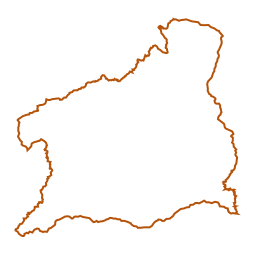 the district of Samoeng, Chiang Mai, Thailand, rotated 91°
{"feature_id": "78962969B23255460238511", "entity_name": "Samoeng", "entity_type": "district", "adm_level": 2, "iso_a3": "THA", "parent_name": "Thailand", "parent_adm1": "Chiang Mai", "projection": "natural_earth1", "projection_center": [98.669, 18.902], "detail": "fine", "context": "isolated", "style": "outline", "palette": "amber", "viewbox_px": 256, "rotation_deg": 91, "n_neighbors": 0, "source": "geoboundaries", "source_scale": "gbopen_adm2", "svg_char_len": 5776}
<svg xmlns="http://www.w3.org/2000/svg" viewBox="0 0 256 256"><g transform="rotate(91 128 128)"><path d="M55.0,112.0L60.3,113.7L59.9,114.8L60.4,115.9L59.4,118.4L59.3,119.4L60.7,119.8L62.0,118.8L63.1,119.9L64.3,120.3L64.5,120.9L66.2,120.7L67.6,121.4L69.4,123.2L69.4,124.0L70.0,123.4L70.3,124.3L71.8,125.2L72.3,124.9L71.5,127.1L73.6,128.3L74.3,130.1L75.8,130.9L76.2,132.1L77.3,132.4L77.7,133.7L78.7,134.3L78.9,135.0L81.3,137.1L81.4,138.8L80.5,140.0L79.9,139.5L79.6,140.5L80.0,141.7L79.2,142.3L80.4,143.3L80.0,144.5L80.6,145.4L80.3,146.7L80.9,148.2L79.1,149.9L79.0,151.0L78.2,151.0L75.8,152.8L75.7,154.4L77.5,155.8L79.2,155.8L79.6,156.3L80.4,158.4L81.4,159.1L81.9,160.8L81.6,161.5L82.3,161.9L82.0,163.5L83.2,166.0L83.1,168.8L84.6,170.8L85.6,170.7L87.3,171.5L87.7,172.5L88.4,173.0L88.3,175.2L89.7,175.9L89.8,177.8L91.1,178.9L91.4,183.1L93.1,184.4L93.8,187.1L94.7,187.1L96.1,188.8L98.7,190.6L98.7,192.4L100.8,194.5L101.0,196.5L100.2,196.7L99.6,198.2L100.5,204.3L101.4,206.7L101.3,208.5L100.7,210.1L104.3,210.8L105.2,211.5L106.3,213.6L106.6,216.1L107.6,218.9L109.0,218.6L110.5,219.1L111.8,218.2L112.4,218.4L113.2,222.5L114.5,223.8L114.8,226.6L116.2,227.0L116.5,229.3L118.0,233.3L121.5,238.3L122.0,238.5L124.5,236.6L125.9,237.2L127.8,237.2L129.2,237.7L133.1,237.6L135.1,236.6L138.4,237.8L142.2,235.6L143.7,233.9L146.4,234.1L147.4,232.6L148.5,229.6L150.4,228.3L152.0,228.1L148.0,224.4L145.5,224.1L144.9,223.6L143.7,221.2L142.3,216.2L140.7,214.7L142.6,211.4L144.0,209.8L146.9,208.7L147.5,209.4L148.8,209.3L151.1,211.1L151.8,210.5L151.8,209.4L152.7,208.1L154.3,208.2L154.8,209.4L155.5,208.8L156.7,208.6L158.0,208.6L158.8,209.1L159.3,208.7L159.1,207.6L162.6,207.7L162.5,207.1L163.5,205.7L163.4,205.0L165.3,205.6L165.7,205.0L167.4,205.4L169.0,204.8L169.6,205.6L170.1,205.4L169.9,204.5L170.8,203.4L171.9,203.0L173.9,204.5L176.4,203.9L178.0,205.9L178.3,207.3L179.7,206.7L180.4,207.9L181.2,207.5L182.5,207.9L184.4,209.1L186.5,208.8L187.8,209.9L188.1,211.7L190.3,212.3L191.3,213.5L191.8,213.4L192.0,214.3L193.9,213.9L196.2,212.5L199.4,212.8L200.8,211.9L201.7,212.4L202.7,212.0L204.2,212.5L204.4,213.4L203.6,214.3L203.8,215.7L204.9,215.7L205.4,216.7L206.4,217.0L208.2,216.5L208.5,219.9L210.2,219.9L212.0,220.7L212.5,222.1L214.3,223.7L214.5,225.8L215.3,225.0L215.8,225.1L215.6,226.0L216.3,227.4L218.3,226.4L219.1,227.7L220.3,228.5L220.3,230.7L222.2,230.2L225.5,232.3L226.1,234.6L227.5,235.0L228.1,235.8L230.2,236.4L231.0,238.3L231.8,238.7L232.4,238.7L233.5,236.6L235.9,235.0L237.2,233.1L237.8,231.7L237.8,230.4L237.1,229.8L235.7,229.7L234.5,227.3L235.0,225.9L233.3,224.6L234.2,221.8L231.4,219.9L230.1,217.2L230.4,215.5L232.6,214.0L232.8,212.6L233.5,211.3L233.0,209.8L233.2,207.1L229.9,205.3L229.2,203.2L226.0,199.2L223.0,199.0L222.0,198.3L221.2,197.1L220.8,195.0L217.8,189.7L217.3,187.5L217.6,185.0L219.5,182.6L219.4,181.7L217.9,180.3L217.4,179.2L217.6,176.6L216.8,174.1L217.8,171.3L218.8,165.0L222.7,160.9L222.4,159.4L221.4,157.7L222.6,156.3L221.9,153.9L221.8,152.3L220.7,149.2L219.7,147.9L219.6,146.5L218.3,144.7L218.2,143.2L218.9,140.4L218.7,138.8L219.5,136.8L219.4,134.5L221.0,133.0L220.9,129.9L221.9,126.7L223.2,123.6L224.3,123.0L225.9,120.6L226.3,117.7L227.7,116.3L227.4,114.9L227.6,114.2L227.0,109.6L227.0,104.9L225.6,102.5L222.4,100.4L220.8,98.7L219.8,96.6L219.0,96.1L219.2,93.5L220.3,92.2L220.2,90.3L218.3,88.1L217.9,84.6L214.8,81.0L213.7,80.7L212.4,79.5L208.0,73.8L207.5,70.7L206.3,67.9L206.1,65.5L203.8,64.3L203.5,61.4L201.8,59.3L201.7,57.3L202.1,55.5L199.3,50.5L201.0,48.3L200.8,46.2L201.7,42.9L200.3,39.9L200.8,36.9L202.4,35.6L204.7,34.9L205.1,30.5L206.3,29.0L206.7,26.8L209.0,26.5L209.4,25.9L210.4,25.7L211.0,24.7L211.7,23.5L211.3,21.7L211.8,17.3L210.9,18.5L209.9,17.7L207.4,18.7L207.4,19.1L206.7,19.5L205.2,19.1L204.8,20.2L204.3,19.0L204.2,19.6L203.0,20.3L201.9,20.5L201.6,20.1L201.1,20.6L200.6,19.4L196.5,19.9L196.0,19.3L194.9,19.7L194.1,18.7L192.9,20.7L192.1,20.7L191.7,20.1L190.9,20.2L190.7,20.6L190.2,20.2L189.6,21.5L188.8,21.7L187.9,20.5L187.7,21.0L188.2,22.4L187.5,24.3L186.7,24.8L187.1,25.8L187.9,25.7L188.1,25.3L188.5,26.1L187.5,27.1L187.8,27.8L187.2,28.5L187.7,30.2L186.7,29.4L185.2,30.4L185.0,30.0L184.6,30.5L184.0,29.6L183.1,29.7L182.2,31.6L180.7,31.5L180.4,31.9L180.0,31.4L180.2,29.7L179.8,29.1L178.4,29.5L176.7,27.4L176.0,27.4L175.5,26.6L173.7,25.5L172.7,25.5L172.6,24.9L170.7,23.9L170.4,23.2L169.8,23.1L169.3,23.8L168.9,23.8L168.4,21.9L166.6,20.6L163.8,20.3L161.6,19.1L155.4,18.4L153.2,20.1L152.4,20.2L150.6,19.4L148.7,20.4L147.6,19.4L144.8,22.0L142.1,22.2L140.8,23.7L138.9,23.0L135.8,23.0L134.4,24.8L133.7,24.5L132.4,22.6L131.6,22.6L129.5,23.9L126.8,30.3L125.6,31.2L122.2,32.0L117.6,38.2L115.6,37.9L113.7,36.7L113.1,35.7L111.5,35.5L110.8,34.8L106.9,35.7L106.1,36.2L103.8,36.3L102.1,37.3L102.1,40.3L101.2,41.4L99.3,42.0L97.6,41.0L96.8,41.2L95.2,43.4L94.7,45.3L93.3,45.9L92.5,47.5L89.2,49.0L87.5,48.8L82.7,49.6L80.2,48.9L76.1,45.3L71.2,43.7L69.7,42.7L67.3,42.6L65.0,41.4L62.1,41.3L59.8,40.0L57.0,39.6L56.2,38.8L54.3,38.4L53.3,38.5L51.3,39.6L50.2,39.6L48.5,38.5L42.1,35.9L40.2,35.8L37.1,36.6L35.6,36.3L34.6,34.9L34.1,34.9L30.8,38.1L29.4,38.6L28.8,40.8L27.0,43.2L25.6,47.1L23.6,49.3L23.9,53.7L23.7,57.3L21.0,59.7L20.2,66.2L18.4,71.6L19.3,77.4L19.9,78.9L18.5,82.2L18.7,83.5L18.2,84.4L18.8,84.5L20.5,87.4L21.9,87.9L22.7,89.5L27.0,90.3L28.0,91.2L27.9,94.5L27.1,94.7L27.2,95.8L26.5,95.6L26.1,96.1L26.5,97.1L25.4,97.4L25.7,98.4L26.8,99.3L28.4,98.1L28.9,97.0L32.8,96.2L33.9,94.9L37.4,92.6L38.1,91.4L39.0,90.8L40.8,90.9L42.5,90.3L44.2,91.5L45.1,91.1L46.9,91.8L47.3,91.7L47.9,90.6L51.8,89.7L52.3,90.4L52.4,91.4L51.6,94.5L49.3,97.3L48.2,99.4L46.3,100.2L44.9,102.3L45.7,104.5L46.8,104.6L47.6,105.7L47.4,106.6L48.3,106.7L48.8,107.5L49.8,107.5L51.3,108.6L53.4,107.8L55.2,108.3L55.5,109.3L55.1,109.9L56.0,111.0L55.0,112.0Z" fill="none" stroke="#b45309" stroke-width="2"/></g></svg>